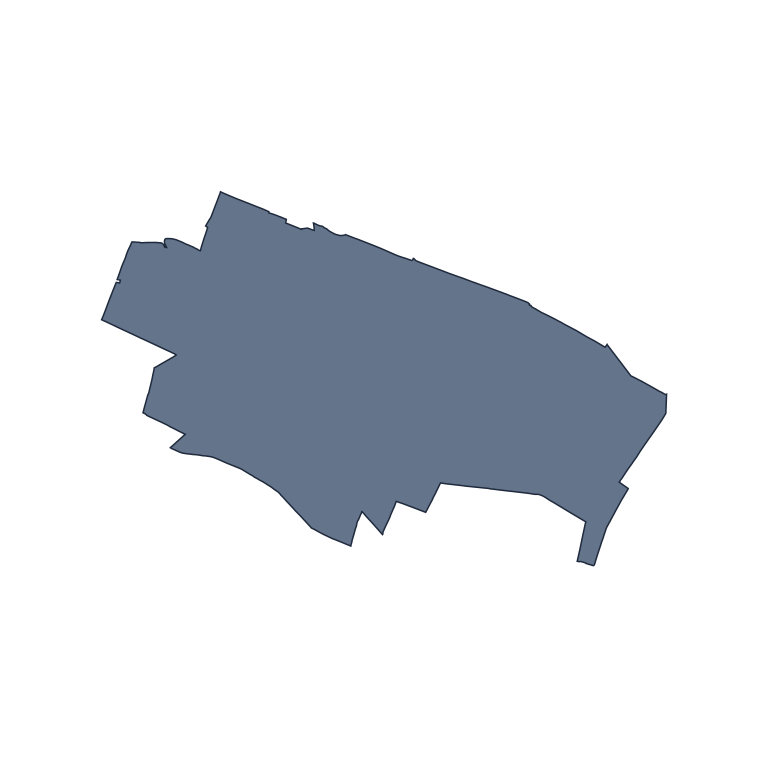 Sabaoani, Neamt, Romania, rotated 317°
{"feature_id": "2599482B80747652293453", "entity_name": "Sabaoani", "entity_type": "district", "adm_level": 2, "iso_a3": "ROU", "parent_name": "Romania", "parent_adm1": "Neamt", "projection": "orthographic", "projection_center": [26.881, 47.007], "detail": "fine", "context": "isolated", "style": "filled", "palette": "slate", "viewbox_px": 768, "rotation_deg": 317, "n_neighbors": 0, "source": "geoboundaries", "source_scale": "gbopen_adm2", "svg_char_len": 6147}
<svg xmlns="http://www.w3.org/2000/svg" viewBox="0 0 768 768"><g transform="rotate(317 384 384)"><path d="M583.7,584.2L583.4,584.1L582.7,583.6L582.2,582.5L581.8,580.9L581.0,578.4L580.6,577.7L574.9,559.6L571.8,550.8L570.1,546.4L571.4,533.8L573.5,512.8L574.0,507.5L574.1,507.2L570.8,507.9L567.3,496.0L564.7,488.4L560.8,475.2L556.3,462.4L555.9,460.8L555.4,459.2L555.0,458.2L553.4,453.5L552.1,449.9L550.6,445.8L548.6,440.7L547.8,438.6L546.4,433.8L544.8,428.8L544.7,428.0L545.0,426.8L544.9,426.4L544.4,426.3L544.3,426.0L544.2,425.8L544.3,425.3L544.8,423.7L544.9,423.8L544.9,423.3L544.7,422.8L544.3,421.5L542.5,417.7L538.8,410.1L536.1,404.8L535.4,403.1L534.5,401.3L532.8,397.9L526.7,385.8L521.1,375.0L519.7,372.1L518.6,370.2L515.9,364.7L513.7,360.2L511.4,356.0L511.1,355.3L507.5,348.4L498.5,330.1L492.9,318.8L491.4,315.5L491.4,312.6L491.1,312.1L490.7,312.2L490.3,312.6L489.9,312.8L489.3,312.8L488.9,312.7L488.5,312.5L485.2,306.3L484.4,305.0L481.8,300.2L480.6,297.7L477.3,290.0L473.9,282.1L470.7,275.2L463.2,259.6L462.1,257.6L457.8,248.7L457.7,248.8L457.1,248.4L455.0,247.1L453.3,245.6L452.5,244.7L451.6,242.9L450.7,241.8L449.4,238.3L448.4,235.3L448.1,233.7L447.9,231.6L447.6,230.7L447.4,230.3L447.0,229.2L446.8,228.3L446.7,227.5L446.6,226.9L446.3,226.4L445.1,224.7L443.9,222.5L443.6,221.5L443.3,220.8L442.9,219.8L442.6,218.6L442.1,218.1L441.2,219.7L440.2,221.0L438.8,222.9L438.0,224.0L437.7,224.1L437.0,222.9L434.4,217.8L429.5,214.3L429.1,214.6L427.5,211.1L425.6,207.0L421.9,199.1L424.8,197.1L424.9,196.9L424.8,196.7L424.1,195.3L420.2,187.1L419.0,184.7L417.9,182.7L416.4,180.2L417.3,179.5L415.4,174.9L414.0,171.8L412.7,169.2L409.9,163.3L408.9,161.2L402.1,147.0L399.4,141.0L396.6,134.6L395.5,131.9L394.1,132.8L392.3,133.6L389.7,134.9L386.1,136.7L382.5,138.4L376.3,141.5L370.9,144.1L367.9,144.8L361.3,146.8L361.8,149.2L359.7,150.4L357.6,151.6L355.6,152.7L351.8,154.7L343.9,159.2L341.7,160.6L340.7,161.3L340.0,160.5L339.7,159.4L339.5,158.4L338.8,156.6L338.2,155.2L338.0,154.0L337.8,153.6L337.1,152.2L335.3,147.9L334.7,147.0L333.6,143.9L332.9,142.2L331.3,138.7L330.3,136.6L329.1,134.7L327.6,132.7L326.4,131.5L325.3,130.4L324.3,129.5L323.8,129.1L322.9,128.8L322.5,128.8L320.9,129.7L320.2,130.4L319.2,132.3L318.1,135.9L317.1,134.7L317.1,133.9L317.8,132.0L317.8,130.1L317.2,128.7L315.6,127.0L314.7,126.0L313.4,124.6L310.9,122.3L306.4,118.2L303.7,116.0L303.0,115.3L302.4,114.7L301.7,113.5L301.0,112.8L300.4,112.3L299.1,110.8L297.6,109.2L296.7,108.4L296.2,108.2L295.9,108.4L295.4,108.7L293.5,109.5L287.4,111.9L285.6,112.8L284.0,113.6L280.4,115.6L275.8,117.6L274.3,118.3L272.3,119.2L266.9,122.1L263.8,123.7L261.2,125.0L260.1,125.6L262.0,128.3L259.6,129.8L258.9,128.9L257.5,127.1L256.3,127.6L249.9,130.6L240.7,135.0L237.1,136.8L229.3,140.7L224.9,142.8L221.3,144.4L225.1,153.8L227.6,160.2L229.5,164.9L230.5,167.4L234.2,176.5L236.6,182.5L237.4,184.6L238.4,186.9L241.8,195.3L247.6,209.8L249.6,214.6L251.6,219.7L251.7,221.1L248.6,220.6L247.4,220.3L245.7,219.9L237.1,217.9L233.3,217.0L229.9,216.3L227.0,215.5L224.1,217.7L221.0,219.8L217.3,222.5L214.1,224.6L206.9,229.4L205.5,230.3L203.8,230.9L197.5,234.8L195.7,235.9L191.0,238.8L190.3,239.3L188.1,240.7L188.8,242.4L189.2,244.1L189.1,244.9L189.4,245.9L189.9,247.3L190.6,248.9L191.9,252.2L195.5,261.1L197.3,265.7L198.0,267.9L198.3,269.2L199.1,271.1L200.0,273.6L200.9,276.0L201.4,277.5L202.5,280.4L204.1,284.7L204.3,285.2L193.2,285.0L190.3,285.0L184.3,284.8L184.3,285.0L184.6,286.1L185.5,288.3L188.1,294.5L188.7,295.6L189.3,296.8L191.2,299.3L192.6,301.0L194.6,303.3L196.1,305.2L197.1,306.2L198.3,307.5L199.3,308.7L200.4,310.0L201.5,311.5L202.0,312.2L202.8,313.2L204.1,314.5L206.4,317.3L207.6,318.9L208.5,320.2L209.4,321.8L210.7,324.5L212.5,328.7L214.5,333.4L215.2,335.0L216.7,338.2L218.0,341.0L219.3,343.8L220.5,346.3L221.7,349.2L222.2,351.0L222.6,352.3L223.4,355.2L224.6,359.5L225.0,360.5L225.2,361.2L225.6,363.2L225.7,363.9L226.1,364.9L226.7,366.6L227.1,368.1L228.2,371.5L228.6,372.6L229.7,376.5L230.0,377.9L230.8,380.8L231.4,383.2L231.7,385.3L232.0,386.8L232.3,388.3L232.7,389.9L232.9,390.3L232.9,391.0L232.9,392.3L233.0,394.0L232.8,394.6L232.8,395.0L232.9,398.2L232.8,403.4L232.8,410.2L232.8,413.7L232.7,415.2L232.9,423.3L232.9,424.7L232.8,435.8L232.8,439.6L232.7,439.8L233.8,442.6L235.7,448.5L237.1,452.5L237.9,454.6L239.2,457.8L240.6,461.5L241.4,463.1L242.5,465.3L243.2,466.9L245.2,471.1L247.1,475.3L249.2,479.9L249.8,479.4L250.7,478.8L252.3,477.9L254.2,476.5L257.1,474.8L259.3,473.5L262.5,471.5L264.9,470.1L266.7,469.2L267.6,468.6L269.5,467.1L270.5,466.6L271.3,466.2L272.7,465.9L275.1,464.8L276.7,464.1L277.7,463.6L279.5,463.0L280.7,462.2L281.0,461.7L280.7,468.7L280.6,478.9L280.4,486.6L280.2,493.1L280.8,493.0L282.1,491.7L285.3,490.3L290.7,488.1L294.6,486.6L297.2,485.5L300.6,483.8L302.8,482.9L305.4,481.7L307.5,480.9L312.9,478.2L316.3,484.6L322.5,497.1L325.0,502.3L326.7,505.7L327.0,506.3L333.7,503.9L340.1,501.7L340.9,501.5L341.2,501.1L346.1,499.4L357.8,494.9L362.0,500.1L365.6,504.3L371.5,511.2L374.2,514.5L386.0,528.0L389.1,531.5L389.6,532.2L390.2,533.2L391.3,534.4L394.5,538.2L401.4,546.4L405.2,550.8L413.6,560.7L416.8,564.6L417.0,565.0L418.3,566.6L419.7,568.2L420.4,568.8L421.9,570.3L422.7,571.9L423.3,573.1L424.3,575.6L425.2,579.3L426.3,583.5L427.2,586.3L429.8,595.4L431.0,599.7L433.0,606.7L434.3,611.1L436.2,617.7L437.6,622.4L437.6,622.6L436.3,623.2L426.7,629.9L419.6,634.9L414.7,638.4L407.8,643.1L404.4,645.4L404.9,646.1L405.5,647.0L406.9,648.1L409.2,652.0L409.5,652.6L409.3,652.9L413.2,659.6L413.5,659.8L414.0,659.8L415.2,659.4L418.7,657.3L424.2,654.2L430.2,650.9L436.3,647.5L438.4,646.5L442.5,644.2L445.3,642.7L447.8,641.3L449.2,640.7L450.7,640.2L453.9,639.1L455.7,638.6L458.1,637.7L462.9,636.1L465.5,635.2L466.4,634.9L478.1,631.0L482.7,629.7L491.2,627.2L491.3,626.9L490.1,621.2L489.1,616.2L490.2,616.1L490.8,615.8L491.4,615.6L492.2,615.5L493.3,615.3L493.8,615.2L498.7,614.0L501.9,613.2L504.4,612.7L505.3,612.5L506.6,612.2L511.3,611.3L513.7,610.7L514.9,610.5L516.3,610.2L518.1,609.9L525.2,608.0L532.3,606.4L540.7,604.6L548.5,603.0L562.3,599.9L567.3,598.5L568.9,598.0L569.3,597.9L569.6,597.8L569.9,597.8L570.5,597.3L572.0,595.8L583.7,584.2Z" fill="#64748b" stroke="#1e293b" stroke-width="1.5"/></g></svg>